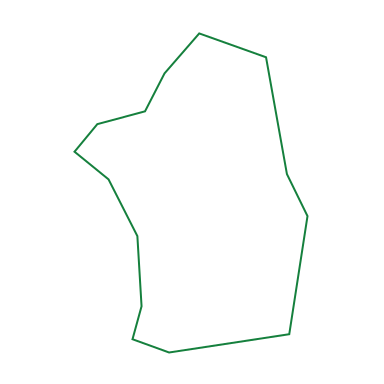 map outline of San Ġwann (Mercator projection), rotated 263°
{"feature_id": "MLT-5937", "entity_name": "San Ġwann", "entity_type": "state/province", "adm_level": 1, "iso_a3": "MLT", "parent_name": "Malta", "parent_adm1": "", "projection": "mercator", "projection_center": [14.476, 35.906], "detail": "fine", "context": "isolated", "style": "outline", "palette": "green", "viewbox_px": 384, "rotation_deg": 263, "n_neighbors": 0, "source": "natural_earth", "source_scale": "10m", "svg_char_len": 340}
<svg xmlns="http://www.w3.org/2000/svg" viewBox="0 0 384 384"><g transform="rotate(263 192 192)"><path d="M246.3,80.3L270.9,106.3L277.8,155.2L313.1,179.2L348.5,218.5L316.7,281.9L198.2,288.4L154.0,303.7L39.0,271.2L35.5,149.7L53.1,115.0L84.7,128.0L154.9,132.4L214.7,110.7L246.3,80.3Z" fill="none" stroke="#15803d" stroke-width="2"/></g></svg>